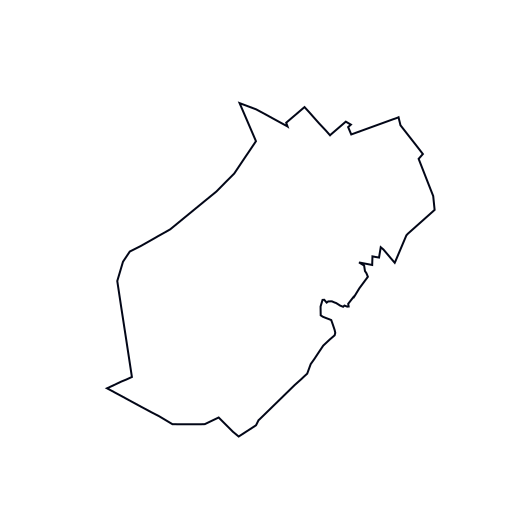 outline of General Zaragoza, Nuevo León, Mexico, rotated 135°
{"feature_id": "50627088B50293210401626", "entity_name": "General Zaragoza", "entity_type": "district", "adm_level": 2, "iso_a3": "MEX", "parent_name": "Mexico", "parent_adm1": "Nuevo León", "projection": "mercator", "projection_center": [-99.779, 23.881], "detail": "fine", "context": "isolated", "style": "outline", "palette": "ink", "viewbox_px": 512, "rotation_deg": 135, "n_neighbors": 0, "source": "geoboundaries", "source_scale": "gbopen_adm2", "svg_char_len": 1898}
<svg xmlns="http://www.w3.org/2000/svg" viewBox="0 0 512 512"><g transform="rotate(135 256 256)"><path d="M314.0,340.0L330.6,344.6L342.1,348.4L354.1,346.0L371.8,336.4L387.0,315.8L408.4,286.6L429.3,258.2L435.2,260.4L439.9,262.4L447.5,265.1L454.9,267.8L447.9,244.4L447.8,244.0L444.6,233.2L444.2,232.0L444.2,231.9L444.1,231.7L444.0,231.2L440.5,219.6L437.8,211.2L434.0,196.1L414.9,176.9L411.1,173.3L405.1,171.2L396.6,168.2L396.6,163.3L396.6,148.0L395.9,140.6L375.8,136.3L375.3,136.4L370.3,138.1L368.9,138.0L319.6,137.4L311.2,136.9L307.2,136.8L303.0,136.6L293.7,140.9L287.7,141.9L279.4,143.6L271.8,145.1L262.7,144.8L256.5,144.3L254.3,145.6L252.7,148.1L250.3,152.9L248.1,157.5L248.9,159.4L250.6,163.2L251.7,165.8L252.2,168.3L246.1,174.6L240.0,177.9L238.7,176.8L239.0,173.1L237.0,172.8L234.4,170.3L233.3,167.5L232.6,166.1L231.9,163.0L231.6,161.5L230.3,158.5L228.5,158.4L227.3,155.7L226.2,154.8L224.6,157.0L215.9,158.1L215.9,157.7L214.4,158.0L205.7,160.1L191.6,162.2L190.1,165.7L189.6,168.3L186.3,172.8L187.7,178.6L180.2,167.5L173.9,173.4L172.3,171.0L170.1,167.9L161.6,174.0L161.3,170.5L162.1,160.8L162.2,159.9L162.7,153.1L160.3,154.0L159.5,154.4L158.9,154.6L135.0,164.3L133.8,164.3L133.7,164.3L133.3,164.4L123.0,163.8L122.9,163.8L97.1,162.3L88.3,173.1L81.9,187.8L81.5,188.7L72.3,209.7L65.9,210.1L64.9,217.8L61.4,246.3L60.1,248.4L58.6,250.9L57.1,253.3L57.4,253.4L57.9,253.6L58.3,253.8L59.0,254.1L60.7,254.9L62.5,255.8L102.7,274.6L99.7,282.0L96.0,281.8L97.5,287.5L117.4,289.0L118.3,289.0L117.9,295.4L117.6,305.2L117.3,310.5L116.7,320.2L116.4,327.0L140.4,328.9L142.1,325.4L142.2,325.9L142.3,326.0L147.2,342.7L147.3,343.2L148.0,345.4L148.1,345.9L152.2,359.6L159.5,375.7L174.4,338.3L174.9,337.2L188.1,334.6L192.9,333.7L213.1,329.7L215.8,329.7L224.9,329.7L238.4,329.6L254.2,331.2L279.4,333.7L297.8,335.5L310.3,339.0L310.9,339.2L314.0,340.0L314.0,340.0Z" fill="none" stroke="#020617" stroke-width="2"/></g></svg>